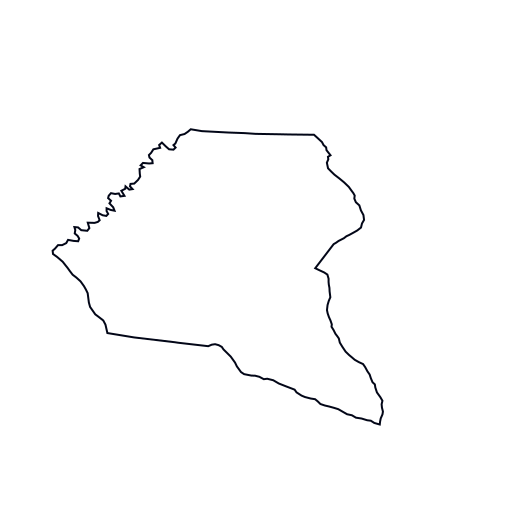 outline of Tuneiras do Oeste, Paraná, Brazil, rotated 116°
{"feature_id": "56859067B31393731178393", "entity_name": "Tuneiras do Oeste", "entity_type": "district", "adm_level": 2, "iso_a3": "BRA", "parent_name": "Brazil", "parent_adm1": "Paraná", "projection": "equal_earth", "projection_center": [-52.836, -23.86], "detail": "fine", "context": "isolated", "style": "outline", "palette": "ink", "viewbox_px": 512, "rotation_deg": 116, "n_neighbors": 0, "source": "geoboundaries", "source_scale": "gbopen_adm2", "svg_char_len": 2859}
<svg xmlns="http://www.w3.org/2000/svg" viewBox="0 0 512 512"><g transform="rotate(116 256 256)"><path d="M382.6,329.8L369.1,291.2L368.1,288.0L358.0,259.4L355.1,256.9L353.2,254.1L352.5,250.5L352.7,246.9L354.2,244.3L357.5,234.6L361.0,228.1L363.6,224.8L366.9,218.6L367.4,214.9L365.5,207.7L364.0,204.4L363.1,200.0L363.3,195.0L361.4,192.1L360.1,186.0L360.6,179.6L360.0,171.9L359.5,166.3L359.2,162.7L360.8,159.8L361.5,153.9L361.3,150.2L360.1,144.3L358.8,140.1L359.6,136.8L360.8,133.2L360.2,128.6L359.2,124.2L358.3,119.4L357.6,114.9L358.3,104.8L357.1,100.0L357.5,95.3L355.8,89.9L354.9,84.1L353.7,80.6L354.2,76.5L353.2,70.9L350.4,71.9L347.3,72.7L342.9,72.9L340.2,73.7L337.1,76.3L334.2,78.1L330.7,78.9L328.4,82.3L325.6,87.5L321.9,91.1L319.3,92.9L318.4,95.9L315.4,99.3L312.7,101.9L310.8,105.3L308.0,109.2L306.2,112.4L306.3,117.1L306.0,121.8L305.1,125.2L304.2,128.9L302.7,133.5L299.8,138.5L297.1,142.7L293.8,145.4L292.4,147.9L291.1,150.5L288.5,153.9L286.5,157.1L284.2,157.9L281.3,160.8L278.9,163.7L276.2,166.4L273.5,168.5L268.7,170.2L264.5,170.9L260.5,171.1L255.6,174.3L252.5,176.0L249.8,178.0L247.5,179.4L244.6,180.8L241.4,183.7L240.9,187.5L241.0,192.8L241.0,197.4L211.3,191.4L208.9,189.8L206.3,188.4L201.5,184.8L198.6,183.4L196.3,181.5L192.2,178.6L188.7,176.2L184.4,174.1L180.3,175.0L176.2,174.7L172.1,177.4L169.0,181.7L165.2,185.3L163.9,189.8L161.3,192.8L158.4,193.8L156.8,196.1L155.3,199.0L153.2,202.9L151.2,209.1L149.8,214.9L148.5,221.2L147.1,225.5L145.6,229.7L141.1,233.2L137.4,233.4L135.3,234.8L132.8,233.2L130.0,239.0L127.6,240.6L126.7,243.9L124.7,246.6L123.0,252.2L121.6,257.0L132.3,279.6L136.5,288.7L146.4,309.9L150.5,320.0L157.2,335.1L167.5,359.4L170.7,370.2L174.2,371.7L177.7,373.7L180.7,377.3L184.9,378.0L190.2,377.8L192.5,378.8L193.8,375.8L196.6,376.8L198.2,380.9L197.0,385.2L195.3,390.3L198.7,391.7L200.8,389.6L205.1,395.0L209.3,395.5L212.2,396.5L214.2,394.9L215.3,391.2L217.9,389.6L219.7,392.6L221.9,398.4L225.1,399.4L225.4,395.8L228.9,398.8L233.0,396.5L235.4,394.9L239.4,395.4L244.3,397.2L246.2,400.4L248.6,399.8L250.0,396.3L251.9,399.0L250.6,403.8L252.9,403.0L256.4,405.6L259.6,400.6L261.9,404.0L259.9,406.7L262.0,409.8L263.1,413.9L266.4,414.8L268.8,414.3L269.9,410.5L272.9,410.8L274.8,405.7L277.3,403.0L278.3,406.8L278.6,411.2L281.1,410.0L283.0,407.3L285.6,408.1L286.6,411.7L286.5,416.7L289.3,415.5L292.4,412.2L294.7,413.1L297.0,415.6L299.8,421.8L304.0,418.0L307.3,418.7L309.4,424.4L308.3,428.4L309.6,431.9L311.9,429.8L315.2,428.8L316.1,425.2L317.8,422.6L320.7,422.3L322.4,426.6L323.9,432.0L327.6,432.2L331.2,435.0L333.0,438.7L337.5,439.9L340.4,441.1L343.2,439.3L344.0,434.5L345.9,427.2L347.8,423.3L349.3,420.1L351.1,416.8L353.2,412.6L354.1,408.1L355.7,402.6L358.5,397.4L360.7,394.2L363.2,391.0L371.1,385.8L374.5,382.8L378.9,374.9L379.6,371.2L380.9,365.0L383.7,361.2L390.4,355.8L382.6,329.8Z" fill="none" stroke="#020617" stroke-width="2"/></g></svg>